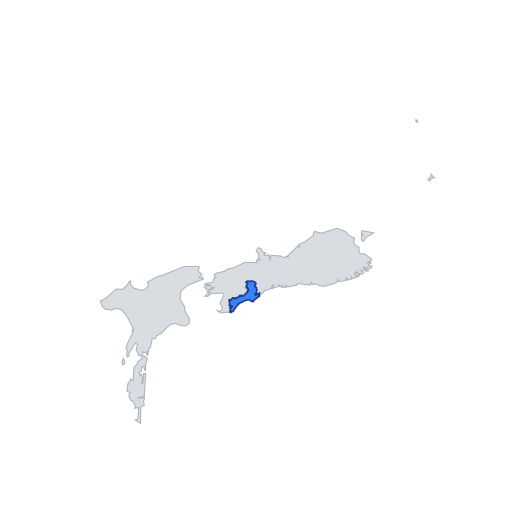 Buller District, West Coast, New Zealand shown in context, rotated 215°
{"feature_id": "76426892B83106555775362", "entity_name": "Buller District", "entity_type": "district", "adm_level": 2, "iso_a3": "NZL", "parent_name": "New Zealand", "parent_adm1": "West Coast", "projection": "orthographic", "projection_center": [171.97, -41.649], "detail": "fine", "context": "in_parent", "style": "filled", "palette": "blue", "viewbox_px": 512, "rotation_deg": 215, "n_neighbors": 0, "source": "geoboundaries", "source_scale": "gbopen_adm2", "svg_char_len": 8727}
<svg xmlns="http://www.w3.org/2000/svg" viewBox="0 0 512 512"><g transform="rotate(215 256 256)"><path d="M260.2,206.2L262.2,206.3L270.9,199.8L274.5,198.5L275.4,198.3L273.4,200.3L273.8,201.7L271.8,206.2L273.5,205.5L274.6,202.4L275.7,201.8L275.3,200.0L280.5,200.8L278.6,203.9L275.9,205.7L277.5,205.8L281.6,202.7L281.5,204.6L276.3,209.9L277.7,212.9L276.4,215.3L277.8,215.1L279.7,217.0L278.5,219.4L272.9,225.6L272.0,228.8L267.0,234.2L261.4,244.5L251.5,251.1L253.3,252.9L249.9,255.4L252.6,254.9L254.5,258.9L258.8,260.2L259.1,264.0L256.2,265.0L253.5,263.3L249.5,263.9L250.8,262.3L249.1,261.3L246.1,264.4L241.9,260.7L244.2,265.1L235.8,270.1L232.3,270.5L231.0,273.2L229.0,273.4L230.2,274.3L227.6,288.0L225.3,288.0L227.5,289.5L227.1,290.9L224.4,294.9L220.8,305.5L222.2,307.9L222.1,309.7L215.2,312.5L205.4,325.3L196.4,327.3L191.2,326.1L185.3,327.2L184.1,323.7L182.0,321.9L176.6,322.2L173.9,318.4L171.7,317.5L169.1,319.8L160.7,319.9L159.2,319.4L158.8,317.9L161.7,313.8L158.9,316.1L157.6,315.9L158.7,314.1L158.5,312.4L155.1,314.3L155.2,310.9L162.7,308.2L159.6,308.1L159.4,306.9L162.2,304.2L158.2,304.7L158.7,301.6L161.0,301.4L160.0,299.3L164.7,301.3L164.0,299.2L165.7,298.5L162.5,297.2L162.2,295.0L163.8,293.2L165.9,293.8L164.4,292.0L168.0,288.0L169.0,290.9L169.1,286.6L173.7,282.4L175.7,283.9L174.7,280.3L182.5,270.5L187.0,267.8L189.5,268.2L193.6,265.1L195.5,266.2L194.7,264.1L195.2,263.1L205.9,257.4L205.9,255.7L207.0,255.3L206.2,254.9L212.3,248.9L214.9,249.2L213.4,247.6L215.9,245.9L218.4,247.1L216.9,245.3L219.3,244.2L220.4,245.7L220.5,243.4L224.2,238.6L225.0,242.4L225.4,241.9L225.2,238.1L227.8,233.7L229.9,232.7L228.8,231.4L232.7,217.7L236.8,216.0L240.4,211.9L242.9,204.3L243.7,198.6L246.0,194.4L252.3,189.0L257.5,189.0L253.9,189.6L253.3,192.3L254.4,194.7L258.2,196.5L260.2,206.2ZM259.2,54.5L265.1,64.6L268.1,61.6L268.6,63.9L274.3,66.7L275.4,65.8L280.1,68.5L280.8,72.1L284.1,71.0L288.0,78.6L287.3,80.5L288.5,83.2L285.1,83.3L292.2,95.0L291.2,99.1L292.3,101.8L290.4,106.9L293.4,108.6L294.6,107.3L300.7,110.7L302.1,115.6L304.9,115.6L304.3,104.0L302.6,101.0L304.0,99.2L307.8,105.5L309.4,105.3L311.1,110.4L312.7,121.2L315.0,124.7L313.7,124.1L313.4,124.9L314.6,126.0L326.1,132.1L334.9,134.9L340.1,133.1L343.3,129.0L348.5,126.0L353.2,126.6L357.7,129.7L354.7,135.6L351.6,148.7L346.3,152.1L344.7,158.8L345.4,161.6L344.3,163.7L342.4,160.6L337.8,159.5L329.9,162.3L327.6,165.5L327.1,169.7L329.9,172.5L324.6,183.2L321.9,186.1L308.8,206.2L297.1,214.6L295.6,213.8L294.8,210.2L290.0,210.2L290.4,206.1L289.9,205.6L288.0,207.9L285.9,207.0L295.4,192.3L297.2,184.8L295.7,180.8L293.3,177.1L285.8,173.7L282.1,169.8L275.0,166.6L272.9,164.6L272.1,162.2L273.6,158.2L277.6,155.9L283.4,154.5L287.0,150.6L289.4,138.0L291.7,133.6L291.2,130.7L293.5,128.7L290.2,120.6L290.9,118.1L289.9,117.8L287.8,112.6L289.1,112.5L290.4,115.3L291.7,113.0L294.0,112.5L291.4,109.3L288.2,110.1L285.9,109.1L284.4,104.2L281.0,98.8L282.0,98.7L284.8,101.4L285.8,99.4L284.1,96.3L284.8,93.3L282.6,91.5L282.3,93.4L278.4,90.5L276.3,85.6L276.3,88.1L280.7,95.1L279.4,96.5L278.6,95.8L267.2,77.2L271.3,72.3L268.8,73.2L266.6,76.3L265.5,75.0L264.8,72.6L261.9,69.6L263.3,67.8L263.3,65.4L254.5,52.7L260.8,52.2L259.2,54.5ZM178.8,329.5L181.9,334.0L180.3,333.8L180.4,334.8L183.5,335.7L183.6,337.7L172.8,342.5L176.6,334.3L176.1,329.7L178.8,329.5ZM158.3,420.7L159.4,423.6L156.0,422.3L154.3,423.1L156.7,420.1L156.8,416.9L159.2,417.2L158.3,420.7ZM305.2,92.6L305.8,96.1L302.2,93.3L302.1,91.5L303.1,90.2L305.2,92.6ZM273.9,197.1L271.6,198.3L272.2,195.5L274.9,193.7L273.9,197.1ZM158.6,307.2L158.4,308.9L155.3,308.4L157.6,306.3L158.6,307.2ZM202.5,458.2L203.3,459.3L201.9,459.8L200.3,458.2L202.5,458.2ZM161.6,296.3L162.4,298.9L160.3,297.7L161.6,296.3Z" fill="#d9dde1" stroke="#a8b0b8" stroke-width="1"/><path d="M245.0,194.7L245.0,194.8L244.9,195.1L244.7,195.1L244.5,195.4L244.2,195.5L244.3,195.6L243.8,196.2L243.7,196.3L243.6,196.6L243.5,196.9L243.2,197.1L243.0,197.4L243.0,197.8L242.9,197.9L243.1,199.4L243.1,199.5L243.2,200.0L243.2,200.4L243.2,200.6L243.1,200.8L243.0,201.4L243.1,201.9L243.0,202.0L243.1,203.2L243.0,205.2L243.1,205.3L243.0,205.5L243.1,205.8L243.1,206.0L243.1,205.9L243.1,206.2L242.9,206.3L242.9,206.0L242.6,207.4L242.3,208.5L242.0,208.8L241.9,209.1L241.3,209.7L241.1,209.8L240.5,211.0L240.2,211.6L239.8,212.5L239.3,213.3L238.9,213.9L238.4,214.4L237.3,215.3L236.6,216.0L235.8,216.5L234.6,216.3L234.4,216.2L234.4,216.5L234.5,216.5L234.4,216.5L234.5,216.6L234.5,217.1L234.4,216.7L234.0,216.7L234.3,216.6L234.4,216.4L234.3,216.2L234.4,216.3L234.1,216.4L233.7,216.7L233.3,216.8L233.0,216.6L232.4,216.7L232.2,216.8L232.3,216.8L232.1,217.1L232.1,217.3L232.2,218.6L232.1,219.9L232.0,220.0L231.8,220.0L231.7,220.2L231.5,220.5L231.4,221.3L231.2,222.0L231.3,222.1L231.1,222.4L231.2,222.6L231.1,222.8L231.0,223.1L230.7,223.2L230.7,223.7L230.6,224.0L230.4,224.3L230.2,224.4L230.2,224.6L230.3,224.6L230.2,224.7L230.1,224.9L230.1,225.1L230.3,225.2L230.5,225.4L230.7,225.5L230.8,225.8L230.7,225.9L230.9,226.1L231.2,226.2L231.2,226.5L231.3,226.6L231.5,226.3L231.5,226.6L231.3,226.8L231.5,227.2L231.5,227.3L231.8,227.7L231.9,227.8L232.0,227.5L231.9,227.2L232.1,226.8L232.3,226.8L232.5,226.6L232.7,226.4L233.0,226.0L233.1,225.9L233.1,225.7L233.3,225.4L233.4,225.1L233.6,225.0L233.5,224.6L233.7,224.4L233.7,224.1L233.9,223.8L234.3,223.9L234.3,223.7L234.8,223.9L235.0,224.1L234.8,224.6L234.3,225.1L234.2,225.3L234.2,225.5L234.4,225.7L234.6,226.5L234.9,226.5L235.3,226.9L235.3,227.1L235.4,227.3L235.5,227.5L235.6,227.8L235.5,228.1L235.5,228.5L235.4,228.7L235.9,228.9L236.0,228.8L236.2,229.1L236.5,229.3L236.9,229.7L237.1,229.7L237.2,229.8L237.3,229.8L237.4,230.0L237.7,230.2L237.7,230.3L237.8,230.3L237.7,230.4L237.7,230.5L238.0,230.5L238.2,230.4L238.7,230.7L238.9,230.4L238.9,230.1L239.1,230.1L239.4,230.1L239.7,230.8L239.8,230.9L239.8,231.0L240.0,231.4L240.4,231.4L240.6,231.7L240.4,232.3L240.2,232.2L240.0,232.6L239.9,232.8L240.0,233.0L240.1,233.3L240.7,233.8L241.0,233.9L241.2,233.7L241.3,233.8L241.7,233.9L241.9,234.1L242.2,234.1L242.4,234.0L242.6,234.0L242.7,233.9L243.1,233.8L243.3,233.8L243.7,233.6L243.8,233.6L244.0,233.5L244.3,233.4L244.6,233.5L244.9,233.3L245.1,233.1L245.2,232.6L245.5,232.5L245.9,232.5L246.2,232.3L246.3,232.0L246.3,231.9L246.7,231.7L247.1,231.2L247.8,230.9L248.2,231.0L248.4,230.7L248.7,230.6L248.8,230.3L248.7,230.1L248.8,229.8L248.9,229.6L249.0,229.6L249.0,229.3L249.2,229.0L249.3,228.6L249.2,228.5L248.9,228.5L248.7,228.7L248.6,229.2L248.0,229.1L247.5,228.7L247.2,228.7L247.2,228.4L247.2,228.1L247.0,227.8L246.9,227.9L246.9,227.7L247.1,227.4L247.0,227.2L247.0,226.9L247.0,226.4L246.9,225.7L245.5,225.7L245.4,225.3L245.0,225.3L244.9,225.1L244.9,224.9L244.7,224.9L244.9,224.8L244.7,224.7L244.8,224.6L244.4,224.7L244.2,224.6L243.6,224.7L243.5,224.4L243.5,224.2L243.2,224.0L243.3,224.0L243.0,223.4L243.2,223.1L243.3,223.0L243.3,222.7L242.6,222.5L242.5,222.3L242.6,222.1L242.5,221.9L242.5,221.5L242.2,221.4L242.1,221.2L242.4,220.9L242.6,220.5L242.4,220.3L242.4,220.2L242.5,219.9L242.6,220.0L242.9,219.9L242.9,219.5L243.0,219.4L243.2,217.6L242.9,217.2L243.0,217.1L243.3,216.8L243.4,216.4L243.2,216.3L243.4,215.9L243.6,215.9L243.8,215.8L243.9,215.6L244.2,215.6L244.5,215.4L244.8,215.6L244.9,215.3L245.1,215.4L245.4,215.6L245.5,215.6L245.7,215.4L245.5,215.2L245.6,214.9L245.3,214.6L245.4,214.3L245.3,214.2L245.8,213.9L246.0,214.0L246.3,214.0L246.2,213.9L246.4,213.7L246.7,213.6L246.8,213.4L246.9,213.0L246.8,212.4L247.1,212.3L247.1,212.0L247.1,211.8L247.1,211.3L247.6,210.9L247.9,210.9L248.0,210.6L248.4,210.4L248.4,210.1L248.5,210.0L248.4,209.7L248.6,209.6L248.6,209.4L248.4,209.3L248.3,209.1L248.7,209.0L249.1,208.7L249.2,209.0L249.7,209.0L250.0,209.1L250.3,209.0L250.4,208.8L250.6,208.8L250.8,208.4L251.2,208.3L251.2,208.0L251.1,207.9L251.2,207.7L251.3,207.4L251.3,207.1L251.4,206.8L251.5,206.6L251.4,206.4L251.2,206.3L251.2,206.0L251.0,205.8L251.0,205.6L251.6,205.5L251.9,205.3L252.1,205.4L252.4,205.2L252.5,205.1L252.8,204.8L253.0,204.5L253.0,204.3L252.7,204.1L252.4,204.2L252.0,204.2L251.9,203.9L251.8,203.4L251.4,203.2L251.3,202.9L251.2,202.9L251.0,202.6L250.8,202.5L250.7,202.1L250.1,202.0L250.1,201.9L250.2,201.7L250.0,201.3L249.7,201.3L249.6,201.1L249.7,200.7L249.7,200.3L249.4,200.4L248.8,200.3L248.7,200.4L248.4,200.6L248.2,200.4L247.8,200.3L247.4,200.8L247.5,201.0L247.3,201.0L246.8,201.1L246.9,200.8L247.0,200.6L246.6,200.2L246.9,199.5L247.4,199.3L247.6,199.1L247.9,198.7L247.7,198.3L247.3,198.3L246.9,198.4L246.7,198.1L246.4,198.0L246.4,197.9L246.3,197.6L246.2,197.6L246.2,197.2L245.8,196.9L245.8,196.6L245.6,196.7L245.6,196.8L245.4,196.9L245.2,196.5L245.3,196.5L245.2,196.4L245.4,196.2L245.4,195.9L245.5,195.7L245.5,195.4L245.1,194.9L245.0,194.7ZM242.9,205.8L243.0,205.5L243.0,205.3L242.9,205.5L242.9,205.8Z" fill="#3b82f6" stroke="#1e3a8a" stroke-width="1.5"/></g></svg>